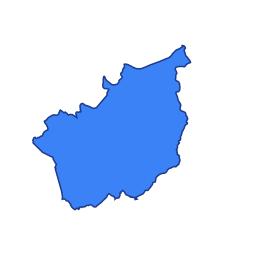 Amixtlán, Puebla, Mexico, rotated 318°
{"feature_id": "50627088B86414439934091", "entity_name": "Amixtlán", "entity_type": "district", "adm_level": 2, "iso_a3": "MEX", "parent_name": "Mexico", "parent_adm1": "Puebla", "projection": "mercator", "projection_center": [-97.796, 20.056], "detail": "fine", "context": "isolated", "style": "filled", "palette": "blue", "viewbox_px": 256, "rotation_deg": 318, "n_neighbors": 0, "source": "geoboundaries", "source_scale": "gbopen_adm2", "svg_char_len": 5738}
<svg xmlns="http://www.w3.org/2000/svg" viewBox="0 0 256 256"><g transform="rotate(318 128 128)"><path d="M95.3,187.0L99.4,186.0L100.7,187.5L101.5,187.7L102.3,187.6L102.9,187.3L104.4,187.2L105.4,187.1L105.9,186.6L107.4,186.6L108.2,186.4L109.6,185.3L111.0,185.7L112.3,186.3L115.5,183.7L117.8,183.4L120.7,183.7L121.8,184.1L122.4,184.5L123.1,184.5L123.7,185.1L124.7,185.9L125.7,186.3L126.4,186.4L127.9,186.2L129.0,185.6L130.3,185.6L131.7,185.7L132.4,186.1L133.6,186.6L134.7,186.8L135.6,187.1L136.3,187.6L137.3,188.1L137.5,188.8L138.8,188.9L140.0,188.7L140.6,188.8L140.8,189.0L141.4,189.0L141.7,188.6L143.0,188.0L143.4,187.6L144.0,187.5L144.6,187.2L145.4,186.1L145.7,185.4L146.4,184.0L147.4,183.3L147.5,182.9L147.5,181.7L147.0,181.0L147.0,180.5L147.2,180.2L148.1,179.4L148.1,178.5L149.4,177.7L149.5,176.4L150.1,176.4L151.6,175.8L152.8,174.2L154.0,173.8L154.2,173.6L155.6,173.7L156.1,173.5L156.4,173.1L156.4,172.4L156.5,172.0L156.8,171.9L157.3,171.5L157.5,171.5L158.0,171.8L158.3,171.9L158.8,171.9L159.2,171.7L160.2,170.9L161.0,169.8L161.4,169.5L162.3,169.1L162.6,169.1L163.1,168.9L164.0,168.2L164.4,168.1L164.7,167.9L165.2,167.2L165.5,167.0L166.0,167.0L167.2,166.7L168.8,165.9L169.9,165.6L170.7,165.0L172.3,164.3L173.1,164.3L174.4,164.5L175.0,164.4L175.4,164.2L175.6,163.9L175.6,163.6L175.2,162.8L175.4,162.5L175.9,161.9L176.9,161.9L177.9,161.3L178.5,161.2L178.6,160.5L178.9,159.7L179.3,159.5L179.5,159.1L179.5,157.6L179.6,157.0L180.3,156.3L180.8,155.3L180.8,154.7L180.5,153.7L179.9,152.3L179.1,151.1L179.0,150.2L179.1,149.2L180.2,147.8L181.9,146.9L182.8,145.8L183.1,145.2L183.4,143.4L183.7,141.7L183.9,140.7L184.5,139.9L185.3,138.3L186.1,136.4L186.8,134.5L187.1,134.0L187.3,133.7L188.1,133.6L188.7,133.9L189.3,134.5L189.6,134.7L190.4,134.8L191.1,134.5L191.7,134.4L192.9,133.4L193.8,132.5L195.8,129.7L196.2,128.8L196.4,127.5L196.2,126.8L195.5,125.0L195.5,124.4L195.6,123.8L196.2,123.3L197.1,122.7L197.8,121.6L198.2,121.4L199.0,120.7L200.0,120.2L200.7,120.1L201.1,119.8L201.5,118.8L201.9,117.8L202.1,117.1L202.4,116.0L203.4,115.3L204.1,115.0L205.1,115.3L206.1,115.8L207.0,116.4L207.8,117.1L208.9,117.9L210.5,119.8L211.1,120.3L211.7,120.4L212.9,120.0L213.6,120.0L215.0,120.0L216.9,120.6L217.4,120.9L218.1,121.1L218.5,121.0L218.9,119.9L219.2,117.4L219.4,114.6L219.3,113.0L219.7,111.9L220.5,110.5L221.4,108.4L221.8,107.8L222.5,107.3L223.1,107.3L223.9,107.2L224.4,106.6L224.6,105.9L224.6,104.5L224.4,104.0L224.0,103.7L223.5,103.0L223.3,102.6L223.3,102.2L223.1,104.2L221.2,103.8L220.4,103.7L217.8,103.0L216.6,102.5L216.1,102.4L213.4,102.4L213.0,102.5L211.6,102.6L210.7,102.5L209.3,103.1L207.7,103.2L205.3,103.1L201.8,101.7L196.4,99.9L187.2,96.2L181.1,94.1L177.6,92.8L174.9,90.6L173.3,88.5L173.1,87.5L172.5,86.6L172.0,85.3L171.7,84.0L171.1,83.0L170.6,81.2L169.9,80.1L169.1,79.0L168.5,78.5L167.7,78.1L167.1,79.3L166.2,80.3L164.0,80.6L163.5,81.1L161.3,82.5L160.8,82.6L160.2,82.5L159.5,82.5L158.6,83.2L158.2,83.8L157.9,85.9L157.6,86.4L157.2,86.6L154.8,86.8L154.4,86.6L154.0,86.6L153.0,86.8L152.4,87.4L151.2,88.0L149.6,88.2L146.9,87.0L145.1,85.1L144.7,83.5L144.0,78.7L144.0,76.9L144.2,76.0L144.7,75.2L144.9,74.5L144.9,73.7L144.4,73.6L143.4,74.2L142.6,74.8L140.3,77.4L138.4,78.8L136.8,80.8L136.7,82.0L137.1,83.2L138.0,84.0L138.5,84.7L139.0,85.3L139.5,86.1L139.5,86.5L139.2,86.8L138.3,87.1L137.9,87.1L136.6,87.5L135.6,88.1L135.4,88.7L134.4,89.6L118.0,91.8L116.9,91.1L116.2,90.9L115.7,90.6L115.3,89.8L114.6,88.8L113.9,86.7L113.0,84.9L112.1,83.4L111.4,82.6L111.2,80.9L110.7,79.5L110.6,79.3L109.7,78.8L108.8,78.7L107.6,79.1L106.7,80.0L105.9,80.9L105.4,82.0L104.8,82.4L104.1,84.1L103.9,84.3L103.7,84.4L103.4,84.3L103.3,83.7L102.9,83.6L102.3,83.6L102.0,83.4L100.8,81.9L100.4,81.8L99.3,82.0L98.8,82.4L98.1,83.8L97.7,84.8L97.1,85.5L96.9,85.9L96.7,85.1L96.4,84.3L96.3,83.2L96.1,82.5L95.7,81.5L95.7,81.0L95.3,80.4L94.7,79.9L94.0,79.1L92.2,78.3L92.4,76.9L92.4,75.8L91.9,75.1L92.0,74.2L90.6,73.7L90.3,72.4L90.2,71.4L89.7,69.4L89.0,69.5L87.5,70.3L87.0,70.4L86.2,71.1L85.6,71.1L84.9,71.3L84.4,71.2L83.3,70.5L82.0,68.9L81.1,68.2L79.4,67.7L75.7,67.0L74.3,67.2L73.3,67.2L73.2,67.5L72.8,67.6L72.4,67.4L71.8,67.4L70.7,67.0L70.2,67.1L70.1,67.9L69.7,68.4L69.7,68.8L69.5,71.3L68.6,73.9L67.6,75.6L63.4,74.8L62.4,75.0L61.0,75.4L59.7,76.3L59.3,76.5L58.6,76.3L57.7,75.7L57.1,75.6L56.1,75.8L55.6,75.6L54.9,74.8L54.3,74.8L53.4,74.7L52.8,74.4L52.7,74.1L52.7,72.7L51.6,72.3L48.9,73.5L48.5,75.1L47.5,75.5L48.3,89.4L48.6,89.7L52.0,98.5L52.6,99.2L51.5,101.5L50.5,105.9L50.6,107.2L49.8,107.3L48.2,108.2L47.2,108.6L47.3,109.6L46.5,110.0L36.2,130.8L33.3,135.3L31.4,137.0L31.9,137.3L33.1,137.8L33.7,139.2L33.4,140.6L34.7,142.5L34.3,144.7L34.4,145.7L34.1,146.8L33.7,146.9L33.8,147.7L33.3,149.0L33.3,149.6L33.5,151.6L33.7,152.3L33.8,153.1L35.1,153.4L35.9,153.3L36.5,153.5L37.0,154.1L36.6,154.4L36.9,155.3L37.3,155.1L37.6,155.3L37.8,155.0L38.4,155.1L39.1,154.5L39.6,154.7L40.3,155.3L40.7,156.2L41.6,156.2L42.8,157.5L45.8,158.1L46.3,158.5L46.8,159.2L47.3,159.2L47.9,159.4L48.5,159.8L49.4,160.8L49.6,161.3L49.7,163.1L49.9,163.6L50.2,164.1L50.8,164.7L51.4,165.1L52.4,165.1L53.5,165.1L57.0,165.3L58.4,165.4L59.4,165.4L60.5,165.2L64.2,165.2L65.8,165.0L66.4,164.9L67.7,164.1L69.8,164.0L70.1,164.6L70.5,167.2L70.9,168.1L71.2,168.5L71.3,169.2L71.6,169.3L71.7,169.5L71.6,170.8L71.3,171.3L71.3,171.6L71.5,171.8L70.9,172.2L71.9,172.3L72.5,172.5L74.0,173.4L74.3,173.8L77.0,172.7L78.4,171.0L79.0,171.4L79.2,171.6L79.7,171.1L79.9,170.8L80.1,170.7L80.8,171.0L81.4,170.8L82.3,170.9L82.5,172.3L82.5,173.1L82.1,174.7L82.2,175.2L81.9,176.3L82.6,177.6L83.5,179.9L83.5,180.5L83.8,180.3L84.3,181.1L84.4,181.3L84.3,181.8L85.0,182.3L84.8,182.4L85.4,183.1L85.8,183.7L86.7,184.2L86.9,184.4L85.8,185.3L85.4,185.9L87.1,186.9L86.9,185.6L89.1,185.2L95.3,187.0Z" fill="#3b82f6" stroke="#1e3a8a" stroke-width="1.5"/></g></svg>